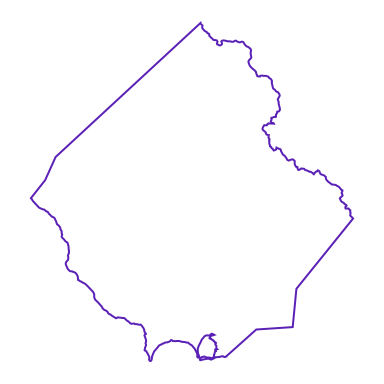 the district of Rigo District, Central, Papua New Guinea
{"feature_id": "67681753B71555956304677", "entity_name": "Rigo District", "entity_type": "district", "adm_level": 2, "iso_a3": "PNG", "parent_name": "Papua New Guinea", "parent_adm1": "Central", "projection": "albers", "projection_center": [147.903, -9.673], "detail": "fine", "context": "isolated", "style": "outline", "palette": "violet", "viewbox_px": 384, "rotation_deg": 0, "n_neighbors": 0, "source": "geoboundaries", "source_scale": "gbopen_adm2", "svg_char_len": 5965}
<svg xmlns="http://www.w3.org/2000/svg" viewBox="0 0 384 384"><path d="M353.1,218.5L352.0,217.3L350.6,216.0L350.2,215.3L350.6,212.7L350.1,211.7L350.3,210.3L349.2,209.4L348.6,208.5L345.6,208.5L345.3,207.0L346.6,205.7L346.5,205.4L345.6,204.5L344.7,204.1L344.1,203.5L343.8,202.9L341.7,201.8L340.7,200.5L340.5,199.7L339.8,198.6L340.5,197.4L341.2,197.0L342.6,195.5L342.2,194.4L342.2,193.9L341.6,193.0L342.5,190.8L342.4,190.3L341.7,190.2L338.8,186.7L337.4,186.1L336.0,185.1L335.0,184.8L331.6,184.4L331.0,183.7L330.1,183.2L329.5,182.5L328.6,182.2L327.3,180.7L326.7,180.2L326.0,178.9L325.8,176.9L325.0,176.3L324.5,175.6L321.9,174.6L321.3,174.5L320.4,173.8L319.2,171.1L318.3,170.6L317.7,170.4L317.2,171.3L316.2,171.5L314.2,173.5L313.9,174.3L313.7,174.3L312.6,173.0L310.5,171.7L309.4,171.8L308.8,171.3L307.0,170.5L305.2,170.0L304.1,168.8L301.0,168.5L300.4,169.2L298.8,170.0L298.4,170.0L297.6,168.8L297.4,167.0L296.6,167.0L296.1,166.8L295.1,165.2L294.7,163.8L294.7,161.0L293.1,159.5L292.6,159.4L291.1,159.6L288.7,160.6L287.1,159.7L286.7,158.6L285.2,156.5L284.6,155.7L282.9,154.6L282.5,153.9L282.2,153.1L281.0,151.2L280.9,150.1L280.4,149.3L279.8,148.9L278.8,148.8L276.5,147.6L276.2,149.2L275.4,150.0L273.7,150.5L272.5,148.6L271.8,148.3L271.2,147.5L271.2,147.0L270.8,146.6L270.0,146.3L269.9,145.0L269.4,144.0L269.2,142.4L269.4,141.5L269.1,140.7L269.2,140.1L269.5,139.9L269.5,139.0L268.9,138.4L268.5,137.7L268.8,135.1L268.0,135.1L266.4,134.4L266.0,133.7L265.7,132.3L263.1,130.1L262.6,129.3L262.5,128.6L262.8,127.6L264.2,125.2L266.8,125.3L267.2,124.3L268.6,123.7L268.6,123.4L273.9,123.7L273.7,123.3L272.9,122.9L271.8,123.0L271.4,122.6L270.8,121.3L271.6,119.6L271.2,118.2L271.5,117.8L272.4,117.7L274.1,116.9L275.7,117.0L276.1,116.1L275.9,115.0L276.4,113.9L277.0,113.2L277.2,111.7L278.9,111.4L279.3,111.0L279.6,110.2L280.0,109.7L279.5,106.8L279.0,105.2L278.6,103.4L278.7,102.1L277.8,99.7L277.8,99.2L279.7,95.8L279.5,94.4L278.0,92.2L276.7,91.7L276.0,91.3L274.8,89.7L273.5,88.8L273.0,88.2L271.8,83.0L271.7,82.3L272.0,81.8L272.0,81.1L271.1,79.2L269.2,78.0L268.4,76.7L266.1,75.9L263.9,75.9L262.4,75.6L261.5,75.6L260.3,75.8L260.0,76.5L257.7,76.3L257.2,76.0L256.9,74.8L256.4,73.9L255.9,71.8L254.6,70.3L252.3,68.5L250.0,66.1L248.9,63.6L248.4,61.5L249.0,60.3L251.2,57.9L251.3,57.3L250.7,54.1L250.7,51.9L251.1,50.3L250.5,48.9L248.6,47.2L246.4,46.2L245.5,45.4L244.1,43.5L243.5,42.3L242.9,41.9L242.2,41.7L241.6,41.7L240.1,42.3L239.3,42.3L237.7,41.8L235.7,40.6L234.9,40.8L233.6,41.6L233.0,41.8L231.9,41.8L230.1,41.3L228.4,41.4L224.0,40.4L222.3,40.6L221.7,40.9L221.3,41.5L221.9,43.0L222.1,43.8L221.4,44.8L220.0,45.5L219.2,45.3L218.3,44.7L217.2,44.4L216.9,43.6L217.5,41.7L217.0,40.6L215.6,40.1L213.8,40.0L213.3,39.8L212.4,38.7L211.4,38.0L209.3,35.8L209.1,33.9L208.0,33.3L207.4,33.2L207.2,32.7L206.8,32.1L204.4,30.7L202.3,28.2L202.2,27.5L202.5,25.5L200.6,23.7L200.5,23.0L55.6,157.0L45.2,180.1L30.9,198.2L31.8,199.2L33.0,201.1L39.0,207.6L41.2,208.7L43.4,209.5L44.1,209.5L46.5,211.5L47.5,211.7L48.0,212.2L48.8,213.6L52.1,216.8L54.1,217.6L54.7,218.3L55.3,219.9L56.1,221.3L56.9,224.0L57.7,224.8L58.6,225.4L60.0,227.2L60.3,227.8L60.4,229.2L61.7,231.4L61.7,233.5L62.2,234.3L62.0,235.4L61.7,236.0L61.7,236.9L62.0,237.5L64.1,239.5L64.8,240.6L65.6,241.4L67.2,242.4L67.8,243.3L68.0,244.7L68.5,245.9L68.7,249.7L69.0,250.6L68.9,253.3L68.0,255.2L68.0,255.8L68.3,257.5L68.2,259.1L67.9,260.0L66.1,262.1L65.7,263.6L65.9,264.7L67.7,268.8L69.3,270.6L70.2,271.2L72.3,271.4L73.1,271.9L74.4,272.2L75.8,273.2L77.0,274.8L77.5,275.9L77.8,276.6L78.0,279.5L78.2,280.1L79.2,280.4L80.3,281.4L81.3,281.6L82.6,282.6L84.0,283.1L86.2,284.7L93.1,291.9L94.2,294.2L94.2,297.3L94.9,299.1L95.3,299.8L98.2,302.5L100.0,304.7L101.7,306.5L102.3,307.4L102.4,308.1L104.0,309.7L106.1,310.7L107.1,311.4L107.9,312.4L108.1,313.1L108.6,313.7L109.7,314.3L110.1,314.3L111.3,315.1L112.0,315.8L115.9,318.2L116.4,318.2L117.5,317.4L121.6,317.8L122.2,318.0L124.1,318.0L124.8,318.5L127.3,320.9L128.7,321.6L130.1,323.2L131.4,323.8L134.0,323.5L135.1,324.1L136.8,324.1L138.2,324.6L140.7,324.7L141.7,325.6L143.7,328.5L144.4,330.6L144.4,331.5L144.8,332.5L145.8,333.5L145.9,334.0L145.5,334.3L145.1,334.3L144.5,335.2L144.5,335.7L145.1,337.0L146.1,340.5L146.1,341.4L145.7,342.5L145.6,343.4L146.1,345.0L145.1,347.6L144.6,350.2L145.0,350.6L145.4,350.6L146.4,351.3L146.8,352.2L147.4,353.1L148.0,354.4L148.8,355.8L149.1,356.7L149.4,357.2L149.4,358.1L149.1,359.0L149.1,359.6L149.6,360.7L150.2,361.0L150.7,361.0L151.4,360.3L151.9,358.4L151.9,357.4L152.6,355.0L154.1,351.5L157.7,347.3L158.6,346.0L159.5,345.2L161.5,344.4L162.4,343.7L163.0,343.7L165.0,342.6L167.4,342.3L169.2,341.7L170.4,340.9L171.2,340.0L172.5,340.6L172.8,341.0L175.6,341.2L176.7,341.0L179.3,341.0L182.2,341.9L184.8,342.0L186.6,342.6L188.1,342.6L189.7,344.1L191.7,345.2L194.5,348.5L196.8,352.8L197.3,354.5L197.3,356.9L197.6,357.4L198.5,357.6L199.1,357.0L199.1,356.1L198.1,353.8L198.1,353.3L197.9,352.8L197.7,348.9L198.7,345.9L200.8,341.9L201.4,340.3L202.3,339.0L204.7,336.1L206.7,335.3L209.4,335.6L211.0,334.1L211.4,333.8L212.7,334.0L214.3,334.9L212.5,335.5L211.4,335.5L210.7,336.2L210.5,336.7L209.5,337.8L209.5,338.2L210.2,338.8L211.2,338.9L212.3,339.9L213.1,340.1L213.6,340.6L213.6,341.0L214.4,341.6L214.8,342.4L215.1,342.8L215.6,342.5L216.0,343.0L215.4,343.8L215.4,344.7L216.3,345.6L216.4,347.1L216.3,348.1L216.4,348.4L217.1,349.1L215.7,349.3L215.1,349.6L215.1,350.0L215.4,350.4L216.1,350.9L216.1,351.1L215.7,351.4L215.1,351.7L214.8,352.0L214.5,354.0L213.9,354.8L213.9,355.7L214.2,356.2L214.0,356.6L213.3,357.4L211.8,358.3L210.0,357.7L208.4,357.5L206.8,357.5L205.2,357.0L204.6,356.5L203.8,356.5L203.0,357.0L201.7,357.1L201.0,357.6L199.9,359.2L199.9,359.8L200.2,360.1L201.5,360.1L202.5,359.5L204.0,359.4L205.5,359.0L207.1,358.8L209.2,358.8L210.6,359.5L211.5,359.5L214.6,358.0L215.1,357.5L215.9,357.3L220.2,356.8L221.5,356.3L223.2,356.3L224.0,356.9L224.9,357.0L225.6,356.7L226.3,356.6L226.3,356.3L256.3,329.5L292.7,327.1L296.4,288.8L353.1,218.5Z" fill="none" stroke="#5b21b6" stroke-width="2"/></svg>